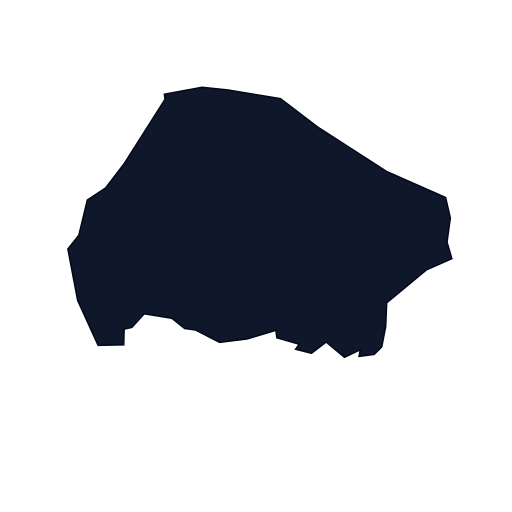 outline of Roane, West Virginia, United States of America, rotated 117°
{"feature_id": "52423323B60388203244476", "entity_name": "Roane", "entity_type": "district", "adm_level": 2, "iso_a3": "USA", "parent_name": "United States of America", "parent_adm1": "West Virginia", "projection": "albers", "projection_center": [-81.306, 38.732], "detail": "fine", "context": "isolated", "style": "filled", "palette": "ink", "viewbox_px": 512, "rotation_deg": 117, "n_neighbors": 0, "source": "geoboundaries", "source_scale": "gbopen_adm2", "svg_char_len": 684}
<svg xmlns="http://www.w3.org/2000/svg" viewBox="0 0 512 512"><g transform="rotate(117 256 256)"><path d="M133.9,100.1L117.8,113.6L121.4,177.9L113.1,259.5L104.7,305.5L120.5,355.5L130.1,380.6L144.4,399.3L153.5,411.1L157.6,408.2L233.6,415.4L263.6,420.9L282.7,431.7L317.9,423.3L335.2,426.8L376.6,394.7L407.3,356.1L395.2,333.5L381.0,340.3L376.0,334.2L358.3,329.4L349.7,302.7L353.0,286.7L349.4,276.3L349.5,249.2L333.8,226.1L313.2,204.6L319.4,200.2L315.0,177.5L321.1,178.4L317.5,162.4L300.8,154.4L306.1,131.2L292.2,120.5L298.7,118.6L290.0,106.0L279.9,102.7L260.0,108.4L238.4,118.3L190.9,97.8L169.4,80.3L156.9,92.1L133.9,100.1Z" fill="#0f172a" stroke="#020617" stroke-width="1.5"/></g></svg>